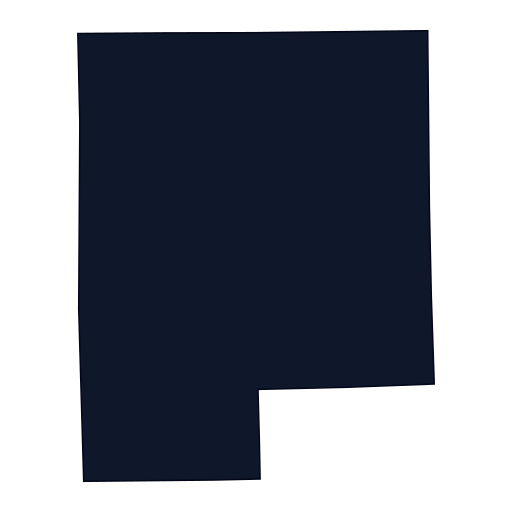 Genesee, Michigan, United States of America
{"feature_id": "52423323B57804911654438", "entity_name": "Genesee", "entity_type": "district", "adm_level": 2, "iso_a3": "USA", "parent_name": "United States of America", "parent_adm1": "Michigan", "projection": "albers", "projection_center": [-83.695, 43.002], "detail": "fine", "context": "isolated", "style": "filled", "palette": "ink", "viewbox_px": 512, "rotation_deg": 0, "n_neighbors": 0, "source": "geoboundaries", "source_scale": "gbopen_adm2", "svg_char_len": 327}
<svg xmlns="http://www.w3.org/2000/svg" viewBox="0 0 512 512"><path d="M83.7,481.3L215.5,480.0L260.1,479.0L259.4,442.0L258.0,389.4L346.3,387.3L434.2,384.0L434.1,379.8L431.3,295.5L429.4,207.1L427.7,30.7L253.3,32.7L165.1,32.9L77.8,33.5L79.8,122.8L78.7,309.1L83.7,481.3Z" fill="#0f172a" stroke="#020617" stroke-width="1.5"/></svg>